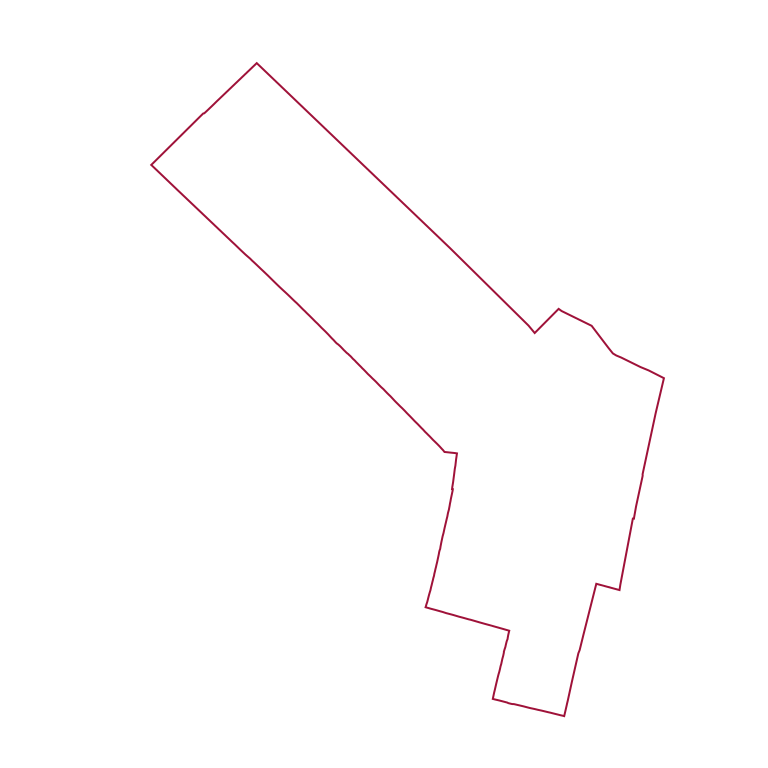 outline of Visina Noua, Olt, Romania, rotated 12°
{"feature_id": "2599482B97404660880396", "entity_name": "Visina Noua", "entity_type": "district", "adm_level": 2, "iso_a3": "ROU", "parent_name": "Romania", "parent_adm1": "Olt", "projection": "albers", "projection_center": [24.398, 43.872], "detail": "fine", "context": "isolated", "style": "outline", "palette": "rose", "viewbox_px": 768, "rotation_deg": 12, "n_neighbors": 0, "source": "geoboundaries", "source_scale": "gbopen_adm2", "svg_char_len": 3644}
<svg xmlns="http://www.w3.org/2000/svg" viewBox="0 0 768 768"><g transform="rotate(12 384 384)"><path d="M629.3,671.4L629.4,666.5L629.5,660.4L629.5,658.6L629.6,655.2L629.6,654.0L629.7,635.6L630.1,607.0L630.7,603.6L631.2,588.1L633.2,535.3L657.2,536.6L656.9,531.1L655.4,463.9L656.5,463.7L656.4,462.9L656.0,451.2L656.1,421.6L656.1,420.0L655.7,418.5L655.8,355.9L656.5,324.4L656.6,320.1L640.1,315.7L631.4,314.1L610.5,308.8L605.2,307.8L601.5,306.5L595.9,301.9L575.0,283.9L542.6,275.7L539.2,274.2L520.8,302.8L513.2,296.8L420.4,237.4L260.7,138.6L192.8,96.6L161.5,142.5L159.6,145.4L153.6,154.2L151.9,156.6L151.0,156.9L150.3,157.9L147.8,161.7L110.8,218.1L141.7,237.2L205.9,276.6L209.1,278.5L215.8,282.7L218.1,284.1L221.4,286.1L223.9,287.5L227.0,289.2L229.9,291.1L230.5,291.4L234.3,293.7L239.3,296.8L244.4,299.9L248.6,302.5L251.4,304.3L253.9,305.9L256.1,307.3L258.3,308.7L261.5,310.7L264.5,312.5L266.0,313.4L268.9,315.1L270.9,316.3L274.6,318.6L276.8,320.0L279.7,321.8L281.8,323.0L283.5,324.1L284.9,325.0L287.0,326.4L289.6,328.1L291.3,329.1L293.7,330.7L296.6,332.5L300.0,334.7L303.8,337.2L306.6,338.9L311.2,342.0L315.7,344.8L319.0,347.0L322.1,349.2L324.0,350.5L325.6,351.5L326.8,352.4L328.2,353.4L329.3,354.1L330.9,354.8L332.5,355.7L333.8,356.5L336.0,358.0L337.7,359.2L339.5,360.3L340.2,360.8L341.1,361.3L341.4,361.5L342.0,361.8L342.8,362.1L343.6,362.7L344.5,363.2L345.7,363.9L347.1,364.9L348.3,365.8L349.2,366.3L350.7,367.2L352.2,368.3L353.9,369.4L356.0,370.8L357.9,372.0L359.6,373.2L361.1,374.1L362.1,374.8L362.3,374.9L363.9,376.0L366.2,377.6L367.7,378.5L369.8,379.8L371.3,380.8L373.3,382.0L375.4,383.3L377.9,385.0L379.2,385.9L381.8,387.6L384.6,389.2L386.3,390.4L389.1,392.3L391.3,393.7L392.8,394.6L394.8,396.0L396.5,397.2L397.9,398.2L399.7,399.4L401.9,400.8L404.5,402.5L406.5,403.7L410.0,406.0L412.7,407.9L416.4,410.3L419.2,412.2L421.8,414.0L422.6,414.5L425.3,416.2L427.5,417.7L430.0,419.4L431.6,420.4L434.2,422.3L436.0,423.4L437.8,424.6L439.4,425.6L443.6,428.5L448.4,431.5L451.1,433.3L454.0,435.4L455.5,436.4L457.3,437.9L460.1,437.6L464.1,437.2L465.8,437.0L467.8,436.8L469.8,436.7L470.2,442.9L470.8,448.9L470.9,452.4L471.3,456.9L472.0,465.6L472.2,469.8L472.2,470.0L472.4,472.7L473.2,472.6L473.3,474.4L473.3,478.1L473.3,479.9L473.3,482.8L473.4,484.7L473.4,484.9L473.4,487.4L473.5,489.1L473.6,493.3L473.4,497.0L473.5,500.3L473.4,502.9L473.3,507.6L473.2,512.5L473.2,517.4L473.0,520.8L473.0,526.9L473.1,531.5L473.2,532.9L473.2,534.0L473.0,534.9L472.9,536.9L473.0,539.2L473.0,540.8L473.0,541.5L473.0,542.8L473.0,544.9L473.0,547.4L472.9,550.3L472.9,552.2L472.8,554.2L472.8,556.3L472.7,559.3L472.8,561.2L472.6,563.8L472.6,565.4L472.5,567.5L472.4,571.2L472.3,573.2L472.3,576.1L472.1,578.1L471.9,580.9L471.8,583.2L471.7,586.3L471.6,588.4L471.3,590.8L471.1,593.7L476.8,594.1L481.0,594.3L485.6,594.6L488.9,594.8L492.6,595.2L495.2,595.3L499.3,595.5L505.7,596.0L509.9,596.2L516.1,596.6L517.7,596.6L527.1,597.3L533.3,597.7L537.0,597.9L550.8,598.8L557.8,599.3L557.7,603.6L557.8,606.7L557.9,607.9L557.6,609.4L557.5,610.4L557.4,613.5L557.4,616.0L557.1,618.5L557.0,620.0L556.9,620.9L557.1,621.8L557.1,624.0L557.1,625.2L556.9,628.2L556.9,631.1L556.9,633.5L556.7,635.8L556.7,638.5L556.6,641.7L556.4,644.0L556.3,646.1L556.2,649.7L556.1,653.6L556.0,659.9L555.9,662.7L555.9,664.4L555.9,666.1L555.9,668.6L555.9,669.4L558.0,669.5L562.8,669.6L567.1,669.8L570.9,670.0L571.9,670.3L574.5,670.4L576.1,670.4L577.0,670.2L577.8,670.1L582.8,670.2L587.4,670.3L591.6,670.5L594.3,670.6L598.6,670.6L602.5,670.7L606.0,670.7L609.8,670.8L613.1,670.9L614.9,670.9L617.2,671.0L619.9,671.1L623.1,671.2L625.6,671.3L627.5,671.3L629.3,671.4Z" fill="none" stroke="#9f1239" stroke-width="2"/></g></svg>